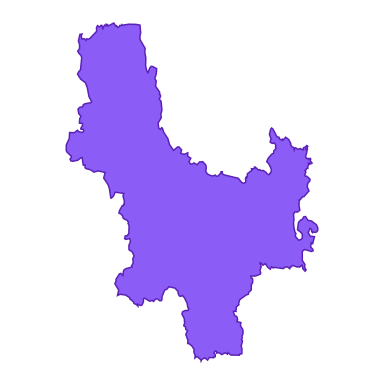 the district of Ambositra, Amoron'i Mania, Madagascar
{"feature_id": "10022922B13687813160362", "entity_name": "Ambositra", "entity_type": "district", "adm_level": 2, "iso_a3": "MDG", "parent_name": "Madagascar", "parent_adm1": "Amoron'i Mania", "projection": "natural_earth1", "projection_center": [47.304, -20.561], "detail": "fine", "context": "isolated", "style": "filled", "palette": "violet", "viewbox_px": 384, "rotation_deg": 0, "n_neighbors": 0, "source": "geoboundaries", "source_scale": "gbopen_adm2", "svg_char_len": 5994}
<svg xmlns="http://www.w3.org/2000/svg" viewBox="0 0 384 384"><path d="M77.7,51.2L79.4,54.0L80.9,55.2L81.7,57.7L80.5,69.9L78.9,71.4L77.5,74.1L80.6,79.1L85.4,82.7L87.3,87.7L89.0,96.7L91.6,101.8L90.8,102.7L84.5,103.9L83.1,105.2L82.6,106.9L80.0,107.2L78.4,108.6L78.0,109.5L78.8,113.7L80.9,116.2L79.7,118.8L79.4,123.1L82.4,123.4L82.6,125.1L80.7,128.6L81.0,129.2L83.5,129.4L83.7,131.4L82.0,132.5L78.5,131.5L77.5,130.2L74.3,132.7L69.6,132.5L69.3,138.4L66.3,144.9L66.2,150.3L66.9,152.0L71.2,156.1L71.4,157.4L70.0,159.1L70.9,160.9L72.5,161.3L77.7,160.3L80.6,158.0L82.1,157.6L83.3,165.2L85.0,164.9L85.1,167.7L85.9,168.6L90.6,169.8L93.9,172.1L98.3,170.9L105.1,172.5L103.7,178.1L108.2,184.9L109.4,188.7L110.8,198.0L111.5,198.1L113.5,196.0L115.2,192.2L123.8,193.4L123.0,195.9L124.3,200.9L124.2,204.4L123.5,204.4L123.4,205.7L122.2,205.8L119.4,210.8L119.0,212.7L119.1,213.4L120.4,213.6L122.4,215.6L123.4,218.5L127.2,220.4L128.5,222.2L128.0,223.2L129.1,225.7L128.8,233.6L127.0,235.8L125.2,235.9L124.7,238.6L125.7,239.4L129.6,238.6L130.5,241.2L128.9,245.4L129.0,249.8L132.1,251.7L134.1,255.9L132.8,258.6L133.2,262.9L131.6,265.9L132.0,267.0L125.7,268.7L124.1,269.9L123.4,271.4L122.9,275.5L120.8,273.4L119.5,273.8L116.0,279.2L116.0,281.1L114.9,283.7L118.7,290.2L117.5,295.5L120.0,294.3L125.5,295.0L129.7,297.7L129.8,298.9L133.4,301.8L134.0,303.5L136.3,304.5L137.9,306.1L137.7,304.2L140.6,305.5L141.9,305.1L143.4,302.1L143.5,298.8L144.6,298.2L149.7,301.2L152.2,300.4L153.5,301.5L155.6,299.0L157.7,299.0L159.6,300.7L161.2,300.7L161.9,299.9L162.0,296.7L164.6,290.2L167.2,289.0L168.7,286.8L175.0,288.1L178.1,291.6L178.1,293.4L179.3,296.0L180.8,296.3L182.5,295.5L184.5,298.0L187.1,303.2L187.8,307.5L189.0,308.7L187.8,310.5L185.3,310.5L182.6,311.7L181.9,314.0L184.3,318.6L184.6,323.3L183.7,325.6L185.4,326.9L185.8,329.4L187.5,330.6L185.8,334.5L187.9,340.2L187.7,343.5L189.1,343.7L192.1,346.2L194.3,349.9L193.8,351.9L195.2,355.6L194.9,358.0L196.9,356.4L200.8,359.7L201.1,361.0L201.8,359.4L204.8,357.9L207.6,360.1L209.3,357.5L213.6,357.7L213.7,357.0L215.2,356.8L215.3,354.8L213.9,353.0L215.1,351.2L216.7,351.3L216.6,353.1L219.1,352.7L221.6,354.6L225.2,352.8L227.5,354.2L228.2,352.6L230.7,355.0L239.4,355.2L239.7,354.2L241.9,353.7L241.9,348.7L241.2,346.0L242.5,340.9L241.5,339.6L242.3,337.9L241.9,335.8L242.8,334.5L243.1,332.1L242.7,329.4L240.4,325.5L240.9,322.5L236.9,321.7L237.6,319.8L237.1,317.3L236.7,316.4L234.8,315.8L233.3,311.7L233.9,311.1L236.0,311.4L235.6,310.4L236.3,309.5L236.2,307.0L238.9,304.7L238.6,303.6L239.7,299.7L246.2,295.0L248.4,294.2L248.7,292.4L251.2,290.1L251.4,284.6L252.6,282.8L252.7,280.0L252.4,278.3L251.1,277.8L250.8,276.1L255.7,276.0L260.4,274.1L260.7,272.8L260.0,270.3L261.2,266.7L260.0,263.1L261.2,263.2L263.0,265.2L265.3,263.6L267.7,267.2L270.2,269.2L271.7,266.7L273.2,268.0L274.8,267.4L283.4,268.6L284.7,267.3L287.4,266.8L289.7,268.7L290.4,266.8L291.5,266.8L291.6,265.8L292.9,265.5L297.4,267.1L298.9,266.6L299.6,267.1L302.0,265.1L303.0,269.0L305.1,271.2L306.1,269.9L304.6,267.3L304.9,264.4L302.3,260.4L302.3,251.4L304.6,249.5L311.6,251.5L313.1,250.8L312.8,249.2L310.6,247.0L311.3,242.6L312.1,242.6L312.5,244.3L314.5,236.6L310.3,236.2L308.2,232.7L310.0,228.4L311.5,229.4L311.8,231.8L312.6,232.7L313.0,232.0L315.4,232.4L317.0,231.7L317.8,230.1L317.7,227.5L316.4,224.7L311.5,221.0L307.9,220.3L305.5,216.5L303.6,216.9L302.5,219.2L300.7,220.0L298.5,222.4L297.5,229.8L300.9,232.4L302.3,234.4L302.3,237.9L301.1,239.4L298.7,240.3L295.3,236.3L295.9,233.5L294.8,231.7L293.8,226.8L293.5,221.5L294.0,220.1L293.5,214.3L294.8,211.9L297.4,212.1L299.8,210.3L299.0,205.3L299.2,199.9L299.8,200.1L302.5,196.9L304.0,196.6L309.0,190.9L307.2,186.9L307.8,183.2L309.7,181.2L310.1,179.3L306.8,176.2L305.4,176.2L304.7,175.5L305.8,172.0L304.9,170.4L306.1,169.7L306.7,168.4L307.8,168.4L307.9,165.8L308.9,164.6L308.3,163.3L309.5,163.2L310.3,164.0L312.1,163.0L310.3,161.0L310.7,159.2L310.2,158.3L308.5,159.4L308.1,158.4L306.5,158.4L305.6,156.9L307.0,151.2L306.9,150.3L306.0,150.0L306.0,148.8L307.4,149.0L307.2,147.2L307.8,146.4L306.8,145.5L305.1,147.3L304.1,147.3L303.3,148.2L303.5,149.6L302.6,149.9L300.3,148.5L298.2,149.4L295.6,147.8L294.7,148.1L294.2,149.9L293.6,147.5L291.7,146.5L290.6,144.5L290.8,143.5L288.6,139.4L285.6,137.2L282.9,140.4L282.4,139.2L281.0,139.9L279.6,139.0L279.0,137.2L277.0,136.9L273.0,129.1L271.6,128.0L270.6,129.3L269.4,134.4L270.9,138.4L270.2,142.3L272.3,143.4L274.5,143.0L275.9,145.5L275.5,147.0L276.1,148.3L273.8,150.9L273.6,153.2L271.6,154.3L268.1,158.4L266.7,161.6L268.8,163.9L271.2,168.7L271.1,172.5L269.9,173.2L269.3,174.6L267.1,174.0L266.1,172.4L263.2,170.4L261.3,170.7L259.6,169.6L258.4,170.1L256.5,168.0L255.6,168.0L255.2,167.0L254.4,167.1L254.3,168.2L253.4,168.8L251.5,168.7L252.1,170.1L247.4,173.7L247.1,177.3L246.6,177.9L246.1,177.2L245.5,178.5L245.8,181.9L244.0,183.4L241.7,182.5L238.3,178.3L224.2,174.9L222.2,173.6L222.3,171.7L221.0,171.8L221.0,172.7L218.2,176.0L216.2,176.2L215.4,175.1L212.6,176.0L209.5,175.1L207.3,173.8L205.8,171.6L206.3,167.4L205.7,164.8L202.7,161.7L199.7,161.9L197.0,164.7L193.9,162.9L192.8,163.8L190.5,164.1L189.0,161.8L190.8,158.2L187.7,156.3L187.8,152.8L184.1,154.4L180.7,153.2L181.6,149.9L178.9,146.9L177.5,147.0L173.6,150.4L169.5,144.5L167.9,138.7L163.8,132.4L162.3,128.0L161.5,127.8L160.5,129.4L158.8,128.3L158.1,123.0L161.3,117.7L160.8,114.8L161.9,110.1L161.1,101.4L159.2,99.0L160.5,96.7L160.4,95.0L159.6,94.6L159.7,92.3L155.6,86.2L156.2,80.9L154.8,78.5L156.2,74.1L156.7,68.7L152.7,66.5L151.2,66.3L149.8,68.0L147.9,72.7L146.9,71.3L145.6,65.8L145.8,57.8L144.8,52.3L145.1,48.3L140.1,39.7L139.9,35.9L140.7,33.0L140.0,25.1L136.3,24.4L128.9,24.2L122.5,25.2L122.0,24.6L121.6,25.5L119.9,25.4L119.4,26.6L117.8,27.4L116.6,25.7L115.8,26.2L113.8,23.0L108.1,26.0L107.5,24.6L106.2,24.2L106.0,25.9L104.5,25.1L102.8,28.6L101.9,25.4L101.1,25.3L99.5,27.0L97.5,25.6L96.5,27.6L96.6,31.4L89.2,39.1L86.9,38.8L86.0,40.3L84.6,38.8L81.8,38.9L81.3,35.9L82.0,34.0L79.9,34.4L78.4,41.0L79.5,44.4L79.6,48.5L77.7,51.2Z" fill="#8b5cf6" stroke="#5b21b6" stroke-width="1.5"/></svg>